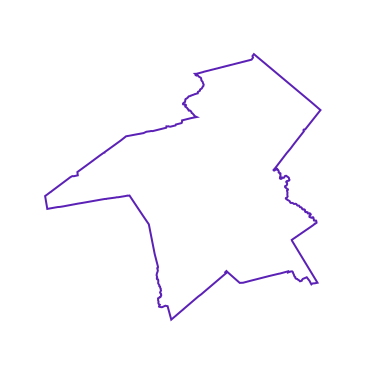 the district of Los Herreras, Nuevo León, Mexico, rotated 256°
{"feature_id": "50627088B26281620081416", "entity_name": "Los Herreras", "entity_type": "district", "adm_level": 2, "iso_a3": "MEX", "parent_name": "Mexico", "parent_adm1": "Nuevo León", "projection": "mercator", "projection_center": [-99.412, 25.939], "detail": "fine", "context": "isolated", "style": "outline", "palette": "violet", "viewbox_px": 384, "rotation_deg": 256, "n_neighbors": 0, "source": "geoboundaries", "source_scale": "gbopen_adm2", "svg_char_len": 5842}
<svg xmlns="http://www.w3.org/2000/svg" viewBox="0 0 384 384"><g transform="rotate(256 192 192)"><path d="M210.6,47.5L209.9,57.9L209.5,60.2L209.2,63.6L208.3,78.8L207.9,83.5L206.6,102.2L206.3,106.0L206.2,106.5L206.0,107.0L206.1,107.6L205.1,116.5L205.1,117.7L204.8,118.8L204.2,126.1L204.1,128.6L203.9,128.8L203.7,130.5L189.7,135.5L180.0,139.0L176.2,140.4L171.1,142.3L140.9,140.8L127.4,140.9L126.7,140.5L126.8,140.2L126.6,139.9L126.2,139.8L124.2,139.9L123.6,139.6L123.0,139.3L121.6,138.3L119.9,137.5L117.7,137.6L117.4,137.2L116.7,137.0L116.3,136.9L115.9,137.0L115.7,137.1L115.5,137.8L115.2,137.9L113.9,137.8L111.7,137.1L110.4,137.4L109.4,137.8L108.4,137.5L107.8,138.1L106.9,138.0L106.1,138.1L105.6,138.3L104.7,138.0L103.9,138.1L102.4,136.8L102.2,136.7L101.6,136.8L101.0,137.2L100.7,137.3L100.4,137.3L99.9,137.0L99.5,137.2L99.3,137.2L97.8,136.1L97.7,135.9L97.9,135.5L97.9,135.3L97.5,135.2L97.0,133.3L96.1,133.2L95.6,133.0L95.2,132.9L93.7,133.0L93.1,132.7L92.1,132.5L91.6,132.6L91.2,132.7L90.8,133.0L90.7,133.1L90.6,133.3L90.4,133.5L89.6,132.9L89.1,132.3L88.9,132.3L88.7,132.3L88.1,133.3L87.6,134.6L87.5,135.3L88.1,138.6L87.1,140.7L73.2,141.0L89.1,172.8L90.4,176.0L105.0,205.4L106.1,204.8L107.0,206.3L105.8,207.0L92.3,216.3L91.6,219.6L91.7,226.6L91.8,246.6L91.7,256.6L91.6,257.5L91.8,266.1L90.7,265.7L91.0,268.9L90.9,269.0L90.6,270.1L90.0,270.4L89.7,270.5L88.5,270.5L87.5,270.8L86.6,270.9L85.2,271.0L84.5,271.6L83.6,271.5L83.0,271.7L82.8,272.0L82.3,272.6L82.2,272.9L82.1,273.1L81.5,273.4L80.2,274.7L79.3,275.1L79.2,276.0L79.4,276.5L79.3,276.9L80.3,277.7L80.8,278.5L80.9,278.8L81.5,282.7L79.2,283.7L77.2,284.6L74.5,285.2L73.5,285.5L74.1,286.7L73.7,289.2L73.6,291.8L113.5,279.4L120.6,277.2L121.0,277.3L121.4,277.2L130.6,301.8L130.9,302.2L131.1,302.9L131.5,303.4L131.4,303.5L131.4,303.8L131.5,304.1L132.0,305.4L133.7,305.6L134.1,305.5L134.3,305.4L134.4,304.6L134.7,304.1L134.7,303.7L134.9,303.4L135.3,303.4L135.8,303.6L136.6,303.5L137.8,303.6L138.2,303.4L138.3,303.0L137.9,302.6L137.9,302.2L138.2,301.4L138.7,301.2L139.0,300.4L139.2,300.0L140.0,300.0L140.3,300.1L140.6,300.4L141.2,301.6L141.4,301.8L141.8,301.8L142.7,301.3L143.0,300.8L143.0,300.7L142.8,300.2L143.0,299.7L143.2,299.2L143.4,299.1L143.7,299.0L144.2,299.2L144.4,299.2L144.9,298.4L145.0,297.4L145.5,297.0L145.8,297.0L147.0,297.3L147.7,297.0L148.2,296.3L148.2,296.1L148.0,295.7L148.2,295.4L148.6,295.2L148.8,294.9L149.1,294.7L149.9,294.7L150.5,294.4L150.8,294.1L151.1,293.2L151.3,293.0L152.0,292.9L152.9,292.5L153.0,292.2L153.2,291.4L153.5,290.9L154.9,290.4L155.3,290.0L155.5,289.7L155.7,288.1L156.0,287.8L156.8,287.2L157.1,286.7L157.3,286.3L157.4,285.4L157.6,285.1L158.0,284.8L158.4,284.7L159.3,284.6L159.7,284.4L161.6,282.4L162.2,281.9L162.8,281.5L163.2,281.5L163.5,281.8L163.6,282.8L164.5,283.7L165.2,283.7L166.5,283.9L168.4,284.5L170.3,284.5L170.7,284.8L170.7,285.2L170.9,285.6L171.1,285.7L171.4,285.7L171.6,285.3L172.0,285.1L173.9,283.7L174.3,283.5L174.7,283.6L175.1,283.7L175.2,283.9L175.3,284.8L175.5,285.4L176.6,286.2L177.4,286.4L177.9,286.4L178.2,286.3L178.5,285.9L179.1,285.9L179.4,286.2L179.6,286.6L179.7,287.0L179.5,288.6L179.7,289.0L179.9,289.3L180.2,289.5L180.5,289.5L181.2,289.3L182.3,289.4L182.7,289.2L183.2,288.8L183.9,288.1L184.8,287.5L185.0,287.2L184.9,285.9L184.6,285.6L183.9,285.1L183.6,284.6L183.6,284.3L183.7,283.8L184.2,283.2L184.3,282.9L184.2,282.7L183.5,282.5L183.2,282.1L183.2,281.4L183.5,280.9L183.8,280.7L184.0,280.6L184.6,280.8L185.1,281.0L185.5,281.2L186.1,281.8L186.9,281.9L187.6,281.8L188.0,282.2L188.3,282.3L188.7,282.3L189.0,282.1L189.3,281.3L189.9,280.9L190.3,280.8L190.8,281.2L191.2,281.2L192.5,280.9L192.6,280.7L192.7,280.3L192.9,280.0L193.2,280.0L193.6,280.3L193.8,280.3L194.3,279.8L194.5,279.4L194.5,279.2L194.3,278.9L193.8,278.4L193.3,278.1L193.0,277.5L192.9,277.1L193.1,276.6L193.6,276.4L195.2,278.7L207.0,293.5L208.2,295.2L210.4,298.2L214.3,303.0L223.8,315.2L225.1,315.1L225.6,315.9L225.3,316.9L240.4,336.5L250.3,329.5L310.8,285.4L309.3,283.6L309.1,283.7L308.2,283.6L307.6,283.7L306.0,281.8L305.9,259.9L305.8,232.2L305.7,231.9L305.6,224.5L305.8,224.1L305.9,223.6L305.4,223.9L304.5,223.8L304.3,224.3L303.9,224.5L303.9,224.9L304.1,225.5L302.5,226.5L302.1,226.7L300.9,228.0L300.7,228.2L300.2,228.3L299.4,228.3L299.1,228.3L298.9,228.2L298.3,228.1L298.2,228.2L297.3,228.4L296.6,228.9L296.1,229.0L294.8,229.0L294.0,229.2L293.8,229.3L293.3,229.3L292.6,228.9L292.0,228.6L291.8,228.0L291.2,227.6L290.3,226.7L289.9,226.2L289.8,225.5L289.5,224.7L289.2,224.5L288.5,224.3L288.2,223.9L288.0,223.2L287.9,222.4L287.7,222.0L287.3,221.8L286.7,221.7L286.3,221.4L286.4,220.3L286.2,219.1L286.3,218.2L286.0,217.0L286.0,215.9L285.7,214.3L285.8,214.1L285.5,213.2L285.6,212.1L285.4,211.6L284.8,211.0L284.6,210.7L284.0,209.4L283.8,208.4L283.6,208.1L283.3,208.0L283.1,207.8L282.4,207.6L281.1,207.0L280.9,206.7L280.6,205.5L280.0,204.7L279.6,204.5L279.2,204.6L278.8,205.5L278.5,206.0L278.5,206.7L277.8,207.2L277.7,207.2L277.0,206.2L276.5,206.1L276.3,206.2L276.1,206.6L275.8,206.8L275.4,207.0L275.0,207.4L274.5,207.7L273.9,207.8L273.6,207.9L273.2,208.4L272.8,208.6L272.0,208.4L271.7,208.6L271.6,208.9L271.5,209.6L271.4,209.9L271.1,210.2L270.5,210.4L270.1,210.7L268.8,210.8L268.2,211.5L266.8,212.2L266.1,212.6L265.5,212.7L264.4,213.7L263.6,214.7L263.7,213.2L263.8,211.3L263.9,209.0L263.9,199.7L263.0,199.5L262.6,199.4L262.3,199.1L261.6,198.8L261.5,198.6L261.4,198.2L261.4,192.7L260.6,192.1L260.6,186.8L261.2,185.3L261.5,185.0L261.6,183.8L261.9,183.1L260.6,182.5L260.6,168.5L261.0,167.4L261.1,166.6L261.1,165.9L261.5,162.3L260.9,159.3L262.0,141.5L259.1,135.1L251.7,116.6L251.4,116.6L251.2,115.3L251.1,114.9L250.7,114.0L250.6,113.7L249.5,110.9L243.2,95.7L239.1,85.6L235.8,85.2L235.9,81.3L236.2,80.2L236.3,80.0L236.2,78.8L235.7,77.5L235.7,77.2L235.5,76.7L235.1,75.9L226.6,55.7L226.4,55.5L226.2,54.7L223.6,48.5L210.6,47.5Z" fill="none" stroke="#5b21b6" stroke-width="2"/></g></svg>